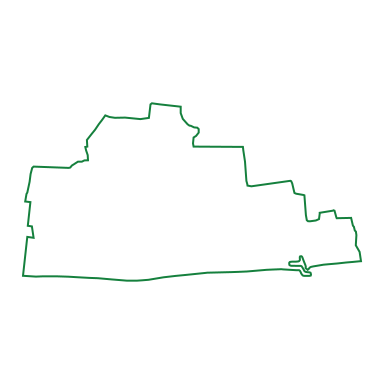 the district of San José, Escuintla, Guatemala
{"feature_id": "79465075B23443659204690", "entity_name": "San José", "entity_type": "district", "adm_level": 2, "iso_a3": "GTM", "parent_name": "Guatemala", "parent_adm1": "Escuintla", "projection": "mercator", "projection_center": [-90.841, 13.971], "detail": "fine", "context": "isolated", "style": "outline", "palette": "green", "viewbox_px": 384, "rotation_deg": 0, "n_neighbors": 0, "source": "geoboundaries", "source_scale": "gbopen_adm2", "svg_char_len": 2394}
<svg xmlns="http://www.w3.org/2000/svg" viewBox="0 0 384 384"><path d="M351.1,217.9L336.7,218.2L336.3,217.2L334.5,210.7L333.5,210.3L332.7,210.7L319.7,212.8L319.7,213.8L319.0,219.1L315.8,220.5L309.9,221.3L308.0,221.2L306.8,220.2L305.9,215.1L304.4,195.3L303.6,195.0L296.1,193.7L294.5,193.0L294.2,191.9L292.2,183.4L291.2,181.2L290.4,180.8L251.4,186.3L247.5,185.6L247.4,184.8L247.2,183.8L246.4,180.9L245.0,161.6L243.3,150.3L243.1,148.4L242.9,146.9L193.6,146.6L193.0,143.4L193.6,137.5L196.1,135.9L198.7,132.6L198.7,129.1L197.3,127.7L194.1,127.4L190.8,125.8L189.4,125.6L187.5,124.2L182.8,118.9L180.7,113.1L180.7,106.7L160.0,104.4L151.9,103.3L150.5,104.4L148.9,117.9L140.4,119.1L125.1,117.6L114.9,117.8L109.5,117.0L105.3,115.4L102.1,119.9L98.8,124.2L95.1,129.7L91.7,133.9L86.9,140.0L87.3,146.6L85.3,147.0L86.1,150.4L87.7,155.1L88.0,160.3L84.4,160.4L81.8,161.7L77.9,161.7L71.8,165.6L70.3,167.5L68.8,167.9L33.6,166.6L32.2,167.9L30.6,174.0L29.6,181.8L27.3,192.6L26.5,193.9L25.2,201.5L30.4,202.1L27.8,225.8L31.9,226.4L33.6,237.8L28.0,237.0L27.3,236.9L27.0,239.5L23.0,275.8L35.9,276.6L43.5,276.3L55.9,276.3L68.4,276.7L78.6,277.3L89.5,277.9L97.8,278.2L111.4,279.4L122.5,280.3L127.3,280.7L134.5,280.7L135.6,280.7L136.5,280.7L142.2,280.3L148.5,279.8L163.5,277.3L175.7,275.9L186.1,274.9L205.6,272.9L207.2,272.7L231.5,272.1L237.5,271.9L246.8,271.5L266.8,269.8L273.7,269.5L281.3,269.2L283.1,269.4L296.3,270.2L297.9,270.2L299.1,270.2L300.0,270.9L300.4,271.7L300.8,272.4L301.2,273.5L302.3,275.0L302.8,275.5L303.7,275.8L305.1,275.9L307.6,275.9L309.1,275.9L310.7,275.6L311.0,274.7L310.8,273.6L310.5,272.7L309.7,272.4L308.8,272.3L307.7,272.2L306.2,272.0L305.5,271.8L304.8,271.4L304.3,270.9L303.9,270.0L302.4,267.4L301.5,266.2L300.6,265.9L292.4,265.8L291.3,265.8L290.5,265.6L289.5,265.1L289.2,263.9L289.3,262.6L289.9,262.0L290.8,261.8L291.9,261.7L292.7,261.7L294.9,261.7L296.6,261.6L297.5,261.5L298.4,261.4L299.1,261.1L299.8,260.2L299.9,259.5L299.8,258.1L299.8,257.0L300.1,256.4L301.2,256.2L301.8,256.5L302.3,257.2L303.6,260.7L304.8,263.7L305.4,265.2L305.8,266.6L305.6,267.9L306.0,268.5L306.7,268.9L307.6,269.8L308.5,269.2L308.9,268.6L309.4,268.0L310.3,267.2L311.0,266.9L313.3,266.4L323.5,264.7L328.9,264.2L337.1,263.5L346.2,262.5L353.2,261.9L359.3,261.3L361.0,261.2L359.6,251.9L355.8,245.3L356.4,235.1L355.9,231.6L354.8,230.5L353.9,226.8L352.9,225.6L351.1,217.9Z" fill="none" stroke="#15803d" stroke-width="2"/></svg>